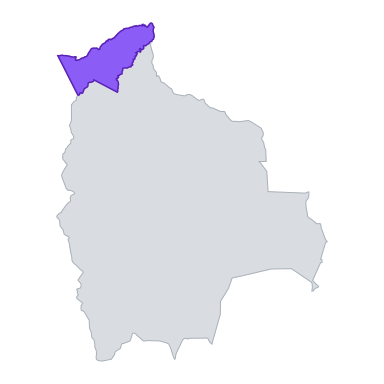 where Pando sits in Bolivia
{"feature_id": "BOL-1938", "entity_name": "Pando", "entity_type": "Department", "adm_level": 1, "iso_a3": "BOL", "parent_name": "Bolivia", "parent_adm1": "", "projection": "robinson", "projection_center": [-66.899, -11.088], "detail": "fine", "context": "in_parent", "style": "filled", "palette": "violet", "viewbox_px": 384, "rotation_deg": 0, "n_neighbors": 0, "source": "natural_earth", "source_scale": "10m", "svg_char_len": 7851}
<svg xmlns="http://www.w3.org/2000/svg" viewBox="0 0 384 384"><path d="M60.1,226.1L59.5,220.2L58.6,218.8L57.2,217.8L56.8,216.6L57.2,215.4L59.9,212.9L61.4,212.5L61.7,211.3L66.7,204.3L68.2,202.9L69.9,201.9L70.6,201.1L70.2,198.6L70.4,196.9L70.9,195.8L74.3,193.8L74.6,193.3L74.5,192.7L73.0,191.4L70.0,190.3L68.1,190.4L66.2,188.5L62.3,178.0L61.6,175.5L61.7,174.5L64.3,169.3L67.1,165.2L66.8,164.2L63.6,160.1L62.6,158.2L62.9,153.9L64.8,152.6L65.7,148.8L66.5,148.2L68.3,145.6L70.7,143.2L70.8,140.3L71.6,139.5L73.6,138.6L73.8,137.9L73.4,135.9L72.3,133.9L71.5,132.9L70.4,127.9L69.3,125.4L70.5,123.2L71.3,120.7L71.5,117.7L71.4,104.9L73.8,101.7L75.1,101.0L76.3,100.0L76.2,97.9L77.9,95.2L57.8,55.6L65.6,55.7L74.2,57.1L75.6,57.9L76.0,59.3L76.9,59.9L79.3,59.6L86.3,56.2L87.3,55.1L89.7,51.3L91.6,49.2L93.4,48.5L96.9,48.2L98.1,48.8L99.5,48.7L100.7,46.5L102.6,44.2L106.3,41.2L108.2,40.4L109.4,39.3L111.4,39.2L113.2,38.1L121.8,30.6L125.3,28.7L129.2,27.9L132.3,26.8L139.9,25.7L144.8,25.3L146.4,26.3L148.1,26.0L149.6,24.4L150.9,23.8L151.8,23.9L153.1,25.9L153.7,28.0L153.3,29.6L153.4,31.9L154.0,35.0L153.6,37.7L150.8,42.7L150.6,44.2L150.8,46.2L151.6,49.5L153.1,54.1L153.4,57.4L152.3,59.6L151.8,61.5L151.9,63.1L152.3,64.2L152.9,64.9L153.3,66.1L153.4,68.0L154.3,69.9L156.0,71.7L156.7,73.4L156.3,75.0L156.4,76.0L156.9,76.4L158.0,75.6L158.6,75.8L159.8,78.0L160.6,80.3L160.8,81.7L164.4,83.2L169.3,87.6L171.5,88.8L173.6,93.6L177.3,94.7L184.4,95.9L187.8,94.4L190.0,94.6L192.3,95.7L197.6,99.8L199.8,100.5L201.4,99.4L202.8,99.1L203.9,99.5L205.1,103.0L209.1,106.8L210.6,107.9L212.4,107.8L219.9,111.3L221.9,111.6L223.8,111.4L225.1,112.0L225.6,114.1L229.0,118.4L230.6,120.0L232.4,121.4L237.2,121.4L238.7,121.8L248.4,120.5L252.0,122.3L261.1,128.2L263.0,132.0L263.4,134.0L262.9,136.1L262.1,136.9L261.8,138.3L262.1,140.3L263.5,142.0L264.8,148.1L265.7,149.4L266.2,161.4L259.2,161.6L260.4,162.8L266.8,171.4L268.1,191.6L304.6,193.1L305.5,193.0L308.2,191.9L308.9,192.0L308.7,197.2L306.0,201.3L305.8,202.6L306.2,208.0L307.1,212.3L307.5,216.3L308.6,217.5L311.7,219.6L316.4,223.4L318.3,223.9L320.0,223.4L320.9,224.9L321.1,227.5L325.3,239.0L326.0,240.5L327.2,241.3L327.0,241.9L326.0,242.1L325.5,243.0L320.6,259.2L321.8,259.3L322.1,262.5L320.6,262.8L320.2,263.5L312.6,280.5L318.6,286.5L317.9,287.5L315.0,288.4L313.3,290.9L311.9,291.2L312.4,287.0L312.0,283.3L311.5,282.3L291.5,268.7L271.1,269.0L237.6,276.9L232.2,277.9L228.5,288.4L220.5,301.4L220.3,314.3L211.9,344.1L209.8,342.2L208.3,339.4L207.8,338.1L207.6,338.1L189.2,338.3L188.3,338.9L187.0,338.8L186.1,338.3L185.1,338.3L183.8,338.9L182.6,340.0L176.1,353.6L175.2,358.5L174.8,359.3L173.7,357.6L170.5,347.7L168.7,344.0L166.6,342.9L160.1,341.0L148.5,340.6L144.8,341.0L142.9,340.7L140.9,338.7L136.6,335.1L135.7,333.9L134.0,333.2L133.0,333.1L132.4,333.8L130.7,339.5L129.8,341.1L123.7,343.4L122.1,343.7L121.3,345.0L120.9,346.9L120.2,348.6L115.9,351.2L115.0,352.3L114.5,354.8L111.4,359.2L102.9,361.0L100.1,360.9L98.2,360.6L96.3,359.2L96.1,356.8L96.5,354.3L96.3,350.8L94.7,346.7L94.9,345.4L94.7,343.4L93.9,339.6L91.9,337.7L91.1,331.8L89.5,328.4L89.2,320.3L83.9,311.3L81.8,310.6L81.2,310.1L81.0,308.7L81.1,305.4L82.8,303.1L77.0,298.7L76.7,297.6L76.7,296.7L78.3,294.9L77.3,292.8L77.4,290.8L76.7,290.0L76.8,289.3L77.4,288.8L80.2,288.1L81.1,286.2L81.1,284.5L80.7,283.3L78.1,280.4L78.0,279.9L83.2,272.5L83.1,271.9L82.6,271.2L79.7,269.0L76.6,265.6L74.4,263.8L72.8,262.1L72.0,260.6L71.7,256.6L70.7,252.6L69.2,243.1L68.0,239.5L69.2,237.7L69.1,237.1L64.2,234.4L63.2,230.0L60.1,226.1Z" fill="#d9dde1" stroke="#a8b0b8" stroke-width="1"/><path d="M150.7,23.0L151.3,23.0L151.7,23.2L152.4,23.8L152.7,24.6L153.0,25.9L153.3,26.1L153.6,26.4L153.8,26.8L154.0,27.2L153.9,27.8L153.4,28.8L153.2,29.4L153.1,30.4L153.2,31.4L153.4,32.4L153.8,33.7L153.9,34.3L154.0,35.4L154.0,35.7L154.2,36.3L154.3,36.5L154.2,36.8L153.8,37.4L153.6,38.7L153.3,39.3L152.5,39.7L152.1,40.2L151.9,40.8L151.8,41.3L150.6,41.5L150.2,41.6L149.9,41.9L149.5,42.4L149.1,42.9L149.0,43.5L148.8,43.7L146.9,44.7L146.4,45.1L146.0,45.6L145.5,45.8L145.0,45.8L144.5,45.6L144.1,45.5L143.5,45.7L143.5,46.1L143.6,46.6L143.7,47.1L143.8,47.8L143.7,48.3L143.5,48.7L143.0,49.2L142.0,49.6L141.4,49.7L141.1,49.6L141.0,49.3L140.8,49.0L140.5,48.6L140.2,48.5L139.9,48.7L139.6,49.2L139.5,49.6L139.7,49.8L140.1,50.0L140.5,50.3L140.7,50.8L140.8,51.3L140.5,52.0L139.7,51.9L138.8,51.6L137.9,51.4L137.4,51.7L136.5,52.5L135.8,52.7L135.8,52.9L135.9,53.1L136.0,53.2L136.3,53.2L136.7,53.0L137.0,53.0L137.2,53.4L137.0,54.0L136.7,54.5L136.4,55.6L136.1,56.0L135.8,56.3L135.4,56.0L135.2,56.3L135.0,57.1L135.0,58.0L134.9,58.9L134.3,59.4L134.0,59.3L133.6,59.2L133.3,59.3L133.2,59.9L133.4,60.8L133.4,61.3L133.3,61.7L132.4,62.9L132.2,63.3L132.2,63.9L132.3,64.2L132.6,64.4L132.7,64.8L132.4,65.3L131.2,65.6L131.2,66.2L131.0,66.7L130.4,66.9L128.8,67.1L127.6,67.9L127.0,68.1L125.5,67.9L123.4,68.1L122.9,68.3L122.7,68.8L122.7,69.4L122.7,70.1L122.7,70.6L122.1,71.3L122.0,71.7L122.1,73.0L122.1,73.6L121.8,74.1L121.4,74.2L120.7,74.2L120.3,74.3L120.0,74.7L119.7,75.1L119.4,75.4L119.0,75.5L118.6,75.4L118.1,75.4L117.8,75.6L117.8,76.1L118.1,76.5L118.4,76.8L118.5,77.2L118.2,77.7L117.9,78.1L117.6,78.3L117.2,78.5L116.7,78.4L116.4,78.5L116.3,79.0L116.4,79.7L116.6,80.1L116.9,80.1L117.0,80.0L117.5,80.6L118.0,81.5L118.3,82.8L118.5,84.0L118.4,85.1L118.0,86.3L118.0,86.8L118.1,87.5L118.2,88.1L118.0,88.7L117.7,89.2L117.5,89.8L117.6,90.3L117.8,90.7L117.8,91.1L117.7,91.6L117.3,92.2L94.3,80.1L93.9,79.9L93.9,80.1L93.7,80.8L93.4,81.3L93.0,81.6L92.4,81.8L91.9,82.0L91.4,81.9L90.8,82.3L89.1,82.5L88.4,82.9L88.1,83.6L87.9,85.5L87.8,86.3L87.2,87.0L84.5,88.6L84.0,89.4L83.0,92.3L82.6,93.0L82.3,93.2L81.8,93.3L81.5,93.2L81.1,92.9L80.8,92.7L80.2,92.8L80.0,93.1L79.5,94.5L79.4,94.6L79.2,94.9L79.0,95.0L78.8,95.1L78.1,95.0L77.8,95.0L77.3,93.9L74.9,89.3L72.6,84.6L70.2,80.0L67.9,75.4L65.5,70.7L63.2,66.1L60.8,61.5L58.4,56.8L58.4,56.7L58.2,56.4L58.1,56.2L58.0,55.9L57.9,55.7L59.5,55.7L60.4,55.6L61.9,55.1L62.6,55.3L63.4,55.5L64.2,55.7L65.5,55.6L67.2,55.8L68.0,56.1L68.8,56.0L69.2,56.0L70.8,56.8L71.2,56.9L71.3,56.8L71.8,56.8L72.8,57.1L73.4,57.2L73.9,57.1L74.6,56.8L75.2,56.7L75.8,56.9L76.2,57.1L75.9,57.7L75.6,58.3L75.5,59.0L75.6,60.0L75.6,60.3L75.8,60.4L76.2,60.4L79.4,59.7L80.0,59.3L81.2,58.4L82.2,58.0L82.5,58.0L82.9,58.0L83.3,58.0L83.6,57.9L84.3,57.2L84.7,56.9L85.8,56.8L86.2,56.6L86.7,56.3L87.1,55.8L87.5,55.2L87.8,54.7L88.4,53.2L88.7,52.7L89.9,51.2L90.7,49.5L91.0,49.1L91.6,48.7L92.2,48.3L92.6,48.2L93.0,48.1L93.6,48.2L96.3,48.1L96.7,48.1L97.0,48.2L97.4,48.5L98.3,49.3L98.7,49.5L99.5,49.3L99.9,48.5L100.1,47.6L100.3,46.8L100.6,46.6L101.2,45.9L101.5,45.5L102.0,44.8L102.2,44.4L102.6,44.1L103.0,43.9L103.8,43.5L104.7,43.1L105.2,42.8L105.6,42.4L105.9,41.9L106.0,41.6L106.0,41.4L106.1,41.2L106.3,41.0L106.5,40.9L107.5,40.9L107.8,40.9L108.0,40.8L108.2,40.6L108.2,40.4L108.1,39.8L108.1,39.6L108.4,39.4L108.9,39.3L109.9,39.3L110.3,39.3L111.2,39.6L111.6,39.6L111.8,39.4L112.0,39.1L112.1,38.8L112.3,38.6L112.5,38.5L113.0,38.5L114.3,37.8L117.9,33.6L120.9,31.0L121.3,30.8L123.1,30.0L123.4,29.8L123.5,29.6L123.5,29.3L123.6,29.1L123.7,28.9L124.0,28.8L126.6,28.3L128.0,28.4L128.5,28.3L128.9,28.1L129.8,27.5L130.2,27.4L132.4,27.0L132.8,26.8L133.5,26.3L133.9,26.1L135.2,26.0L135.3,26.1L135.5,26.3L135.7,26.2L135.8,25.9L136.2,25.7L136.4,25.7L136.6,25.9L137.2,26.2L137.5,26.3L138.0,26.2L139.0,25.5L139.4,25.4L139.8,25.4L140.1,25.4L141.0,25.6L141.3,25.6L141.6,25.5L141.9,25.0L142.0,25.2L142.1,25.4L142.2,25.6L142.3,25.8L142.6,25.7L142.6,25.2L142.8,24.5L143.0,24.4L143.1,24.7L143.1,25.0L143.3,25.3L143.5,25.4L144.4,25.0L144.7,25.0L144.6,25.6L144.6,25.9L144.7,26.0L144.8,25.9L145.0,26.0L145.3,25.9L145.6,25.9L145.8,26.2L145.9,26.3L146.5,26.8L146.9,27.0L147.3,27.1L147.6,27.1L147.7,26.8L147.8,26.6L147.9,26.3L147.9,26.2L148.0,26.1L148.3,26.0L148.6,25.7L148.9,25.3L149.0,25.1L149.1,24.7L149.2,24.4L150.2,23.5L150.5,23.1L150.7,23.0Z" fill="#8b5cf6" stroke="#5b21b6" stroke-width="1.5"/></svg>